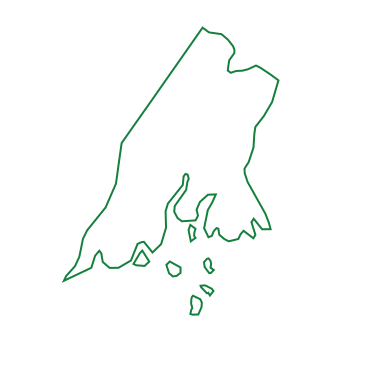 outline of Guinea-Bissau, rotated 305°
{"feature_id": "GNB", "entity_name": "Guinea-Bissau", "entity_type": "country or territory", "adm_level": 0, "iso_a3": "GNB", "parent_name": "Africa", "parent_adm1": "", "projection": "orthographic", "projection_center": [-15.403, 11.81], "detail": "fine", "context": "isolated", "style": "outline", "palette": "green", "viewbox_px": 384, "rotation_deg": 305, "n_neighbors": 0, "source": "natural_earth", "source_scale": "50m", "svg_char_len": 2012}
<svg xmlns="http://www.w3.org/2000/svg" viewBox="0 0 384 384"><g transform="rotate(305 192 192)"><path d="M45.8,138.0L51.1,137.1L64.1,138.7L74.2,136.9L81.4,133.8L91.1,129.5L100.5,128.1L129.8,130.1L155.3,124.9L174.2,115.2L191.7,106.3L214.3,106.3L238.6,106.4L273.1,106.4L300.5,106.4L332.7,106.4L332.5,114.4L338.2,125.6L337.4,134.0L335.0,142.0L332.9,145.1L330.1,147.0L321.4,146.9L317.8,148.6L312.0,151.7L311.9,155.4L316.5,158.8L320.3,163.7L324.7,167.5L332.3,171.9L333.0,176.8L333.3,189.2L333.0,198.8L311.7,206.0L295.4,207.3L281.6,206.6L275.6,209.6L263.6,216.9L248.9,221.3L241.3,221.6L237.7,224.3L232.1,231.8L216.2,264.7L210.9,272.6L206.6,277.7L201.7,270.8L205.5,257.9L201.4,258.0L193.3,268.5L189.3,268.8L189.8,256.5L185.3,256.0L180.1,256.9L172.7,250.4L172.0,245.6L172.6,238.9L177.1,234.6L176.5,232.8L172.2,232.3L167.4,233.4L164.4,231.4L169.3,222.7L186.3,215.3L194.9,214.6L203.7,212.9L198.9,206.6L188.5,204.2L180.1,205.9L176.0,210.5L170.8,211.2L162.2,200.5L162.4,195.1L165.6,188.8L170.6,185.9L190.3,186.0L197.8,182.4L200.9,181.8L203.7,178.5L203.1,176.3L199.9,176.2L192.5,180.4L168.7,178.9L161.1,181.4L147.9,191.2L131.6,196.6L119.8,194.3L123.6,181.2L121.9,179.4L118.2,177.2L100.9,181.3L87.8,175.3L82.6,168.1L83.5,159.0L89.7,152.9L90.7,149.8L84.2,149.2L72.2,153.0L45.8,138.0ZM103.0,265.9L95.2,267.4L91.7,262.5L91.2,260.6L95.2,258.9L97.0,258.9L100.1,255.3L103.9,252.9L105.6,252.2L107.6,252.3L108.9,260.2L107.1,263.5L103.0,265.9ZM123.6,225.9L119.1,229.0L114.4,227.5L111.9,224.8L112.3,219.8L117.6,212.8L122.3,213.7L123.6,225.9ZM115.5,184.9L110.5,196.9L104.3,195.6L100.0,188.4L99.5,185.3L112.1,184.4L115.5,184.9ZM140.6,250.6L140.6,254.6L136.5,253.9L135.4,252.7L137.8,245.4L141.4,242.1L145.8,242.6L147.1,243.6L146.3,246.4L144.3,248.8L140.6,250.6ZM157.3,218.9L156.4,221.2L150.9,219.3L158.9,211.0L164.1,209.5L163.9,215.9L159.9,217.3L157.3,218.9ZM124.1,263.7L123.2,266.4L117.5,266.0L118.8,263.2L117.6,262.4L119.2,254.1L120.1,252.8L122.8,255.9L123.2,257.2L124.1,263.7Z" fill="none" stroke="#15803d" stroke-width="2"/></g></svg>